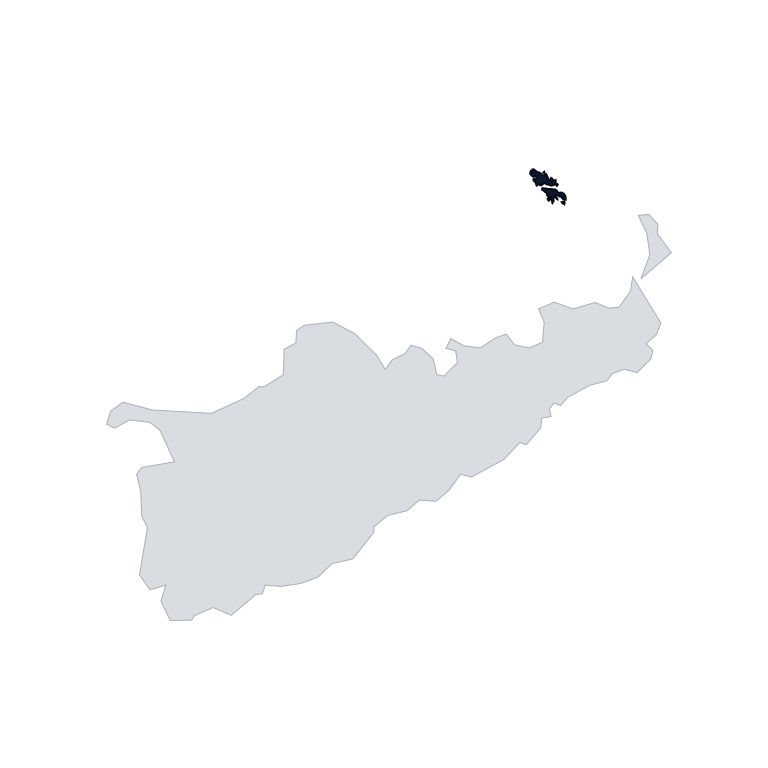 Falkland Islands shown with its bordering countries, rotated 232°
{"feature_id": "FLK", "entity_name": "Falkland Islands", "entity_type": "country or territory", "adm_level": 0, "iso_a3": "FLK", "parent_name": "South America", "parent_adm1": "", "projection": "natural_earth1", "projection_center": [-59.536, -51.789], "detail": "fine", "context": "with_neighbors", "style": "filled", "palette": "ink", "viewbox_px": 768, "rotation_deg": 232, "n_neighbors": 1, "source": "natural_earth", "source_scale": "50m", "svg_char_len": 3340}
<svg xmlns="http://www.w3.org/2000/svg" viewBox="0 0 768 768"><g transform="rotate(232 384 384)"><path d="M308.7,651.1L322.1,673.0L340.7,683.8L360.3,688.2L354.4,697.2L341.2,698.1L333.9,691.8L310.6,691.3L308.7,651.1ZM467.1,229.9L458.9,264.8L459.0,283.8L455.6,288.1L453.3,310.4L472.8,326.7L470.6,339.8L480.1,348.1L479.3,357.4L464.4,381.8L441.8,391.9L411.4,395.9L394.7,394.0L398.0,405.3L395.0,419.5L397.9,429.0L388.9,435.7L373.5,438.3L358.9,431.4L353.2,436.3L355.7,455.1L365.9,460.8L374.0,454.8L378.6,464.6L365.0,470.5L353.2,482.1L351.5,501.0L348.2,511.0L334.3,511.1L323.0,520.7L319.3,534.6L334.1,548.3L348.1,552.0L343.6,568.6L326.8,579.1L318.2,600.6L305.4,607.9L299.9,616.4L305.4,635.4L315.3,645.9L261.6,639.7L255.1,629.1L254.5,615.4L245.1,616.6L239.6,610.0L237.1,590.5L247.7,582.4L251.6,570.7L249.4,561.3L256.3,545.5L260.4,520.8L258.2,509.9L264.5,506.3L262.6,499.3L255.5,495.5L260.1,487.6L253.0,480.5L248.5,458.8L254.3,455.0L250.8,432.0L256.8,395.7L265.7,388.8L260.3,370.2L259.6,352.8L270.8,340.3L269.9,324.4L278.2,305.8L277.7,288.3L273.5,284.8L265.4,251.9L274.5,232.2L272.5,213.7L277.7,196.4L287.7,178.5L298.6,166.6L293.7,159.1L296.9,153.0L295.8,121.2L313.0,111.7L318.2,91.9L316.2,87.2L329.3,69.9L350.3,74.6L359.8,88.3L365.9,73.0L384.2,73.8L416.3,109.0L429.3,111.9L448.8,126.0L465.2,133.4L467.4,141.9L451.7,170.9L485.4,179.0L497.9,175.9L512.4,161.3L515.1,144.5L523.0,140.8L530.9,151.8L530.4,167.1L506.2,185.4L467.1,229.9Z" fill="#d9dde1" stroke="#a8b0b8" stroke-width="1"/><path d="M447.0,626.3L449.1,627.3L451.9,627.0L453.0,627.2L453.7,628.1L453.3,629.0L452.4,628.8L451.7,629.1L451.8,630.2L452.3,630.6L455.2,631.8L455.7,631.9L455.6,631.4L455.1,630.6L454.9,629.7L455.4,628.9L456.1,628.7L459.4,628.3L460.2,628.7L461.8,630.8L460.2,631.1L459.6,632.0L460.9,632.4L462.0,632.9L461.4,633.8L461.3,634.3L459.0,634.9L456.9,635.3L455.9,636.3L454.2,637.1L449.3,638.4L449.9,639.5L449.9,640.0L449.7,641.3L442.9,639.7L442.0,639.9L443.8,642.7L442.5,643.2L441.2,642.9L439.9,643.1L439.2,645.1L437.2,643.8L435.6,642.0L435.6,640.9L437.2,639.0L436.7,638.2L440.4,635.6L441.1,634.8L442.3,634.3L443.5,634.2L444.0,633.8L443.9,633.2L443.4,632.1L443.4,630.3L446.4,627.9L446.0,626.3L447.0,626.3ZM426.5,629.8L428.6,630.1L430.5,628.8L431.8,628.4L432.8,628.7L433.6,629.5L434.7,629.3L437.8,628.6L438.2,628.8L439.3,627.9L440.3,628.3L441.0,629.1L440.6,630.1L439.8,630.6L439.2,631.5L438.6,632.1L437.5,632.8L436.7,633.7L434.7,636.1L431.7,639.0L430.8,639.3L428.7,639.4L427.9,639.2L427.1,639.3L426.5,640.9L425.6,642.1L425.2,642.3L424.2,642.5L423.8,642.6L423.4,643.1L420.9,643.0L419.1,642.2L417.0,640.6L419.8,638.6L422.2,638.7L424.2,637.3L425.9,636.6L426.5,635.9L427.2,635.4L427.2,634.7L426.7,634.4L425.9,634.4L425.2,634.7L423.5,635.1L422.3,634.3L423.1,634.0L424.0,634.0L426.6,633.3L427.1,633.0L426.3,631.9L424.7,631.3L423.4,630.2L423.2,629.8L423.2,629.1L422.5,627.9L423.2,627.8L424.2,628.6L426.5,629.8ZM416.1,635.7L417.2,635.9L418.2,635.8L417.6,637.7L417.2,638.6L416.0,638.5L414.8,637.3L414.3,636.6L415.7,636.2L416.1,635.7ZM429.0,628.6L427.0,628.6L426.7,628.0L426.7,626.5L428.1,626.3L429.6,626.9L429.5,627.6L429.0,628.6ZM435.1,643.8L434.2,644.1L434.0,643.9L433.7,643.3L433.7,642.4L433.5,642.0L434.1,642.1L435.1,642.8L435.1,643.8ZM452.8,639.7L452.8,641.3L451.7,640.8L451.3,640.1L451.9,639.5L452.4,639.6L452.8,639.7Z" fill="#0f172a" stroke="#020617" stroke-width="1.5"/></g></svg>